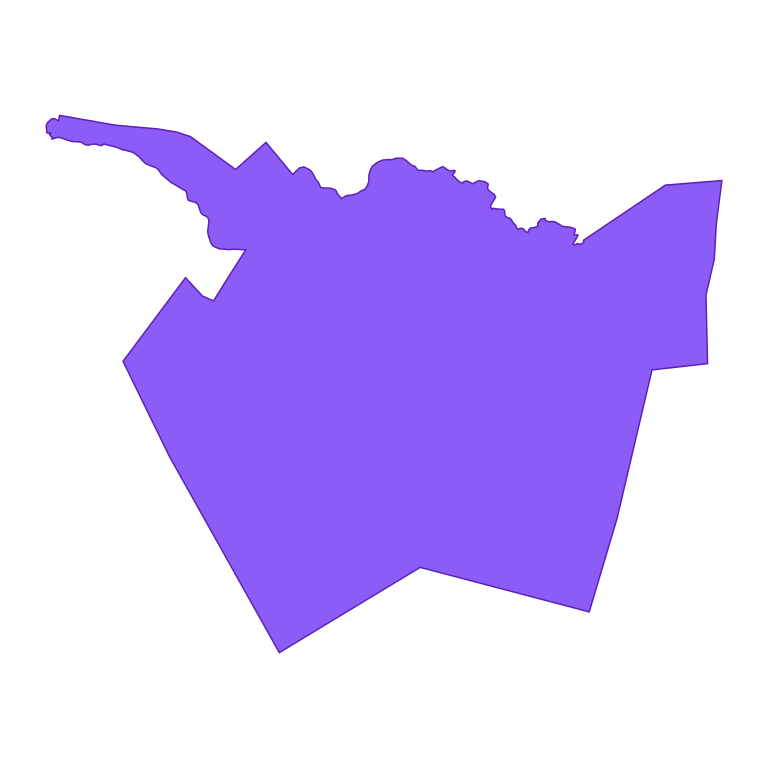 outline of San Jerónimo Taviche, Oaxaca, Mexico
{"feature_id": "50627088B38398266260275", "entity_name": "San Jerónimo Taviche", "entity_type": "district", "adm_level": 2, "iso_a3": "MEX", "parent_name": "Mexico", "parent_adm1": "Oaxaca", "projection": "orthographic", "projection_center": [-96.586, 16.703], "detail": "fine", "context": "isolated", "style": "filled", "palette": "violet", "viewbox_px": 768, "rotation_deg": 0, "n_neighbors": 0, "source": "geoboundaries", "source_scale": "gbopen_adm2", "svg_char_len": 2893}
<svg xmlns="http://www.w3.org/2000/svg" viewBox="0 0 768 768"><path d="M59.6,115.4L58.5,120.8L54.4,118.7L51.9,118.7L49.0,121.2L47.7,122.5L46.6,124.8L46.1,125.7L46.5,127.2L46.4,129.0L47.1,130.2L46.5,132.7L49.4,133.3L50.3,132.8L50.7,133.6L49.6,134.7L52.2,137.6L51.9,139.0L54.3,138.4L58.5,137.3L63.2,138.6L67.6,140.2L72.6,141.6L77.0,141.7L81.1,142.2L85.3,144.8L88.5,145.2L92.5,144.1L96.6,144.3L99.3,145.3L102.0,145.5L103.7,144.0L116.6,147.3L122.4,149.7L126.3,150.5L130.4,151.6L133.5,152.6L139.5,157.2L142.5,160.7L145.9,163.8L150.8,165.8L157.2,168.3L160.5,172.8L161.9,174.7L164.6,177.0L168.1,179.9L171.5,182.8L176.8,185.7L181.5,188.7L185.2,190.6L186.7,192.9L187.5,198.3L188.6,200.5L191.2,201.2L195.8,202.6L198.0,204.5L198.9,207.0L200.4,211.8L202.2,214.4L207.0,216.7L208.5,219.0L208.9,222.1L208.2,226.9L207.7,231.4L208.0,233.7L209.0,237.4L210.4,241.6L212.2,245.3L214.4,246.7L218.4,248.5L219.5,248.8L220.6,249.0L223.3,249.1L225.7,249.3L227.7,249.6L229.7,249.5L232.4,249.3L234.6,249.2L237.7,249.4L240.2,249.5L242.0,249.7L244.1,249.8L245.8,249.7L228.2,277.4L213.5,300.9L202.3,295.9L185.5,277.7L123.0,361.3L169.5,456.6L279.3,652.6L420.1,567.4L499.6,588.3L589.2,611.9L616.9,519.0L617.2,517.8L652.0,369.9L707.6,363.6L707.4,357.4L706.0,295.0L714.3,259.1L716.3,223.7L721.9,180.5L721.5,180.6L665.4,185.1L583.6,240.2L583.6,242.3L581.7,243.8L579.4,244.3L577.5,243.5L574.3,245.1L573.0,244.0L576.8,237.6L577.9,235.0L574.0,234.5L575.4,230.3L574.8,228.6L570.1,227.2L562.7,226.4L555.4,222.0L552.4,221.4L548.6,221.7L545.6,220.6L545.1,218.5L540.9,219.1L537.8,222.9L537.7,226.3L533.3,227.8L530.5,227.9L529.1,229.4L527.8,232.5L526.0,231.7L522.8,228.4L520.7,228.3L517.6,229.2L516.2,227.0L515.6,225.2L514.3,223.9L512.7,222.2L511.7,220.1L510.1,218.3L507.7,217.7L505.9,216.7L505.0,215.7L504.5,210.4L503.5,209.3L497.2,209.0L493.5,208.3L492.2,209.3L490.4,206.9L491.2,204.7L495.7,197.0L493.8,194.1L489.0,190.6L487.5,188.5L488.2,184.0L484.7,181.6L482.0,181.3L478.9,180.6L475.2,182.3L472.6,183.8L468.0,181.3L465.8,181.0L463.8,181.8L462.9,183.0L460.6,182.7L456.3,179.0L454.7,177.0L452.4,175.5L452.6,174.6L454.4,172.8L455.1,171.0L454.3,170.3L451.9,170.7L450.5,170.9L449.2,170.5L447.9,170.1L444.0,167.3L442.4,166.7L435.3,170.3L432.9,171.8L430.7,170.6L426.6,171.1L422.4,170.3L417.9,170.3L415.0,166.4L411.2,165.0L406.2,160.4L402.8,158.3L396.5,158.1L391.8,159.7L387.2,159.6L382.6,160.1L377.4,162.3L372.2,166.3L370.0,171.0L368.9,175.1L368.8,181.3L367.5,185.3L365.0,189.2L361.2,190.8L357.2,193.6L351.7,195.1L346.6,195.6L341.3,198.5L337.8,194.2L335.6,190.0L330.3,188.1L324.9,188.1L320.6,187.4L318.5,182.6L315.8,179.3L313.8,175.4L311.7,171.7L309.6,169.7L303.9,166.9L299.6,167.9L292.6,174.5L266.0,142.4L235.6,169.5L190.6,136.7L176.9,132.1L157.8,128.9L144.8,127.8L116.5,125.3L109.2,124.1L105.6,123.5L104.6,123.3L100.0,122.5L93.0,121.2L86.4,120.1L79.5,118.9L71.7,117.5L59.6,115.4Z" fill="#8b5cf6" stroke="#5b21b6" stroke-width="1.5"/></svg>